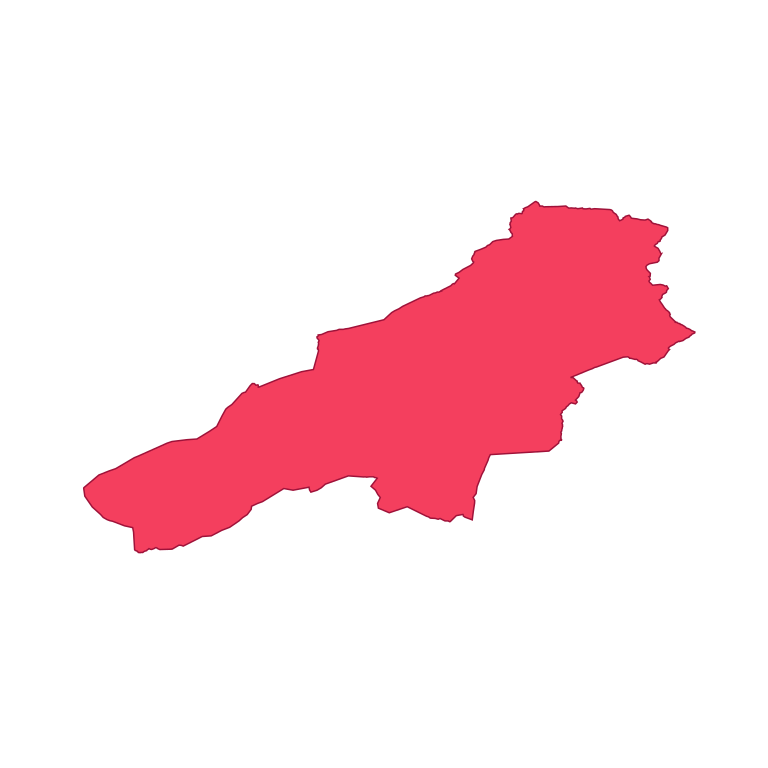 the district of Bjerkreim nor, Rogaland, Norway, rotated 169°
{"feature_id": "86288312B57729087865321", "entity_name": "Bjerkreim nor", "entity_type": "district", "adm_level": 2, "iso_a3": "NOR", "parent_name": "Norway", "parent_adm1": "Rogaland", "projection": "natural_earth1", "projection_center": [6.133, 58.655], "detail": "fine", "context": "isolated", "style": "filled", "palette": "rose", "viewbox_px": 768, "rotation_deg": 169, "n_neighbors": 0, "source": "geoboundaries", "source_scale": "gbopen_adm2", "svg_char_len": 6058}
<svg xmlns="http://www.w3.org/2000/svg" viewBox="0 0 768 768"><g transform="rotate(169 384 384)"><path d="M127.4,511.3L128.9,512.1L143.8,515.9L147.3,516.1L147.7,516.3L148.3,517.1L152.2,517.3L155.1,518.0L155.6,518.9L160.3,519.1L162.7,520.3L163.2,520.1L166.5,521.1L169.1,521.4L171.5,524.0L179.2,525.0L191.8,527.2L192.7,527.2L193.9,527.8L194.4,528.4L197.2,529.0L197.3,530.1L198.1,532.4L200.1,534.2L201.3,534.0L209.1,530.5L211.6,530.1L213.6,529.4L213.3,529.1L213.9,527.4L215.1,527.0L215.8,525.2L216.2,524.9L219.1,525.8L220.8,525.4L221.1,525.7L221.8,525.7L222.6,525.3L225.2,523.2L226.1,522.7L227.8,522.7L228.0,519.5L229.3,518.3L229.6,517.7L229.5,517.0L230.0,516.5L229.7,515.4L229.7,513.3L230.5,512.6L230.8,512.1L231.7,511.9L231.1,511.0L230.6,509.2L230.4,508.9L230.5,508.6L229.4,506.9L229.7,505.8L229.8,504.4L233.9,502.5L239.3,503.2L246.3,503.5L249.6,503.1L250.1,503.0L253.7,500.6L256.0,500.2L257.9,498.9L263.1,497.8L269.3,496.8L269.8,496.3L269.7,495.8L270.5,495.0L270.9,493.9L272.5,492.6L274.1,490.1L273.4,487.4L272.7,486.6L273.3,485.8L276.3,483.9L284.7,481.4L289.0,479.3L292.8,478.3L293.3,477.1L290.1,473.6L295.8,468.9L296.5,469.3L297.8,469.0L299.6,467.7L310.0,464.8L309.8,464.3L311.0,464.2L312.7,463.7L314.2,464.1L316.0,463.6L318.0,463.7L322.9,462.3L324.2,462.4L325.2,462.3L326.9,462.6L328.1,462.0L331.9,461.6L350.8,456.7L355.0,455.0L359.7,453.8L362.9,452.6L371.8,447.1L408.3,445.3L411.5,445.5L413.5,445.4L417.7,446.2L420.2,445.7L429.0,446.0L435.9,444.5L439.2,444.7L439.1,443.9L440.8,443.1L440.9,442.7L440.8,441.5L439.9,440.2L439.5,439.1L439.8,438.4L440.6,437.5L440.4,437.1L440.7,435.3L441.1,434.8L441.1,434.2L442.4,432.1L442.2,431.6L442.6,431.2L442.5,430.9L441.9,430.5L442.0,428.9L450.5,411.7L462.6,411.8L485.5,409.1L507.5,404.8L508.0,404.9L507.7,406.2L507.9,407.2L510.0,407.3L510.6,408.1L510.8,408.6L511.5,409.3L512.5,409.3L513.2,409.6L515.7,407.9L521.5,402.4L522.9,402.4L525.2,401.9L537.2,392.9L541.8,390.9L544.1,389.5L549.2,383.4L556.3,374.2L564.5,370.8L578.2,365.7L587.9,366.9L603.1,368.0L608.3,367.3L638.7,360.2L643.2,359.3L663.5,352.1L670.5,351.1L681.2,349.1L698.4,339.5L698.7,338.8L699.1,331.0L693.8,318.9L687.1,310.0L685.1,306.6L681.7,303.7L679.1,302.1L676.7,301.1L665.8,294.3L658.1,291.0L658.1,286.4L660.4,269.0L660.0,268.1L658.3,267.2L658.2,266.7L657.6,266.2L657.3,265.5L656.2,265.1L655.5,265.2L655.2,264.9L653.7,264.9L653.0,264.6L651.2,265.5L648.8,265.7L648.0,266.4L646.8,266.8L646.2,267.3L645.7,267.1L645.1,266.4L643.6,265.9L640.8,266.4L639.6,266.9L639.0,266.9L638.1,266.3L637.8,265.8L635.7,264.3L624.1,262.4L623.4,262.6L623.2,262.4L616.0,264.9L613.8,264.3L612.0,263.2L591.5,269.0L582.6,267.9L571.2,271.3L562.8,272.8L552.4,277.3L548.3,279.8L543.2,281.9L538.3,286.3L537.3,289.3L530.8,290.9L525.8,291.7L502.3,300.5L493.5,297.1L477.3,297.0L477.3,294.2L476.4,291.8L470.0,292.5L465.4,294.1L460.7,296.9L436.5,300.6L421.6,296.6L420.3,296.5L418.8,295.9L416.1,295.7L411.9,294.9L411.3,294.1L409.7,293.6L408.6,292.8L416.3,286.1L412.6,281.4L411.1,276.7L409.3,273.3L413.1,268.0L413.2,263.2L403.4,256.6L384.6,259.1L367.4,246.0L365.6,245.1L364.6,243.9L363.8,243.4L359.4,242.3L356.6,240.9L354.7,241.3L350.3,238.0L347.1,237.3L345.9,236.3L345.2,236.3L338.1,241.0L331.4,240.9L331.2,240.3L331.3,239.3L330.0,237.9L323.3,233.8L320.7,241.7L317.8,249.8L317.2,252.3L318.1,255.7L314.5,258.8L312.2,265.5L305.3,276.5L301.9,280.7L301.6,281.8L296.4,289.3L295.3,291.5L293.1,294.4L234.9,286.7L223.8,292.7L223.3,294.2L222.2,295.1L220.6,294.9L220.3,295.7L220.5,296.0L220.9,296.2L220.9,296.4L220.6,297.2L220.3,299.1L219.7,300.4L219.3,301.8L219.7,302.3L219.2,303.5L218.6,303.9L218.1,305.4L217.3,307.0L217.2,307.6L216.6,308.6L216.8,309.2L216.5,310.1L216.8,311.4L215.3,313.4L215.6,313.8L215.6,314.6L216.2,315.8L216.2,316.7L215.8,317.9L215.8,319.1L216.6,320.2L215.7,321.3L214.5,322.0L214.3,323.7L210.6,325.3L209.7,326.2L209.4,326.8L207.6,327.6L205.9,329.0L203.7,329.8L199.8,327.9L197.8,329.4L198.1,330.5L199.1,331.7L195.2,334.5L193.2,338.0L191.8,338.0L191.1,338.4L189.6,339.9L188.7,341.5L188.8,342.1L189.9,342.8L190.3,344.6L191.2,346.7L191.6,347.1L191.5,347.4L193.5,347.9L194.0,349.1L193.7,349.9L194.5,350.5L197.2,354.2L199.7,354.8L179.9,358.8L176.6,359.3L173.9,360.1L172.3,360.1L144.1,364.7L139.5,364.2L138.1,362.9L138.0,362.4L136.7,362.1L132.8,360.2L131.8,360.2L130.5,359.4L130.2,358.4L127.5,356.5L123.9,353.6L122.5,353.9L121.3,353.6L119.5,352.8L115.6,353.3L112.8,352.7L112.3,353.2L112.2,353.5L112.4,353.7L111.1,354.1L107.5,356.4L104.0,357.1L98.8,362.2L97.1,363.4L97.8,364.0L98.0,364.5L97.8,365.3L95.8,366.4L91.7,367.6L90.0,368.7L86.3,369.7L85.9,369.3L82.3,369.6L78.8,371.2L75.7,371.8L74.8,372.6L72.9,373.5L72.1,374.2L69.3,374.8L68.9,375.7L71.1,377.3L71.8,377.5L72.8,378.8L74.3,380.0L75.4,380.7L76.5,381.0L77.0,382.1L78.3,383.5L80.5,385.5L81.7,385.9L82.0,386.8L83.5,387.4L84.7,388.4L84.8,388.8L85.8,388.8L86.4,389.2L86.2,389.7L86.8,390.4L90.2,395.3L90.5,396.7L89.7,397.9L90.3,398.6L90.1,399.6L91.6,401.7L92.8,402.8L93.6,404.4L94.0,404.8L96.4,410.6L96.7,410.9L97.7,414.1L96.3,414.6L94.6,415.9L94.8,416.4L93.5,418.7L90.2,419.7L89.5,420.1L89.2,420.3L88.7,421.8L86.7,423.4L87.7,426.3L87.9,426.5L89.2,426.4L91.1,427.9L93.8,429.0L101.5,429.7L102.9,431.9L103.9,433.1L104.3,434.5L102.7,435.9L102.9,437.4L103.1,437.7L102.8,438.6L103.1,438.9L102.2,439.0L101.4,441.8L104.0,445.8L104.5,447.2L104.5,449.3L103.1,450.5L100.4,451.4L92.5,451.4L90.5,452.6L90.1,455.0L86.8,458.9L87.3,458.8L88.0,461.8L89.1,464.9L92.0,467.4L92.3,467.9L91.0,469.1L88.9,469.9L87.8,471.3L87.3,471.5L86.6,471.3L85.9,471.4L85.5,471.9L85.5,472.6L84.8,473.1L83.8,474.1L83.4,474.7L83.2,475.3L79.7,476.6L76.2,480.5L75.7,483.2L76.7,484.1L83.1,487.4L83.7,487.9L85.9,488.7L86.6,489.3L88.4,489.8L88.6,490.2L89.0,490.2L90.3,491.3L90.6,491.9L90.5,492.3L90.9,492.4L91.0,493.1L93.4,495.5L96.4,495.1L100.9,496.3L104.1,497.8L108.8,499.3L109.6,499.7L110.2,501.4L111.2,502.9L115.2,502.5L115.9,501.7L117.4,501.5L117.7,501.2L117.7,500.5L119.3,499.8L121.5,499.3L122.6,501.4L122.5,503.4L123.1,504.3L123.5,505.7L124.1,506.7L125.0,507.4L126.3,509.0L126.7,510.4L127.2,510.9L127.4,511.3Z" fill="#f43f5e" stroke="#9f1239" stroke-width="1.5"/></g></svg>